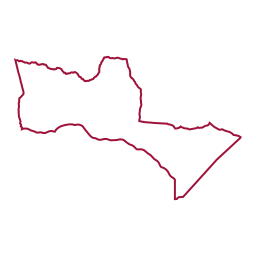 the district of Balambala, North-Eastern, Kenya
{"feature_id": "3690345B82306211866493", "entity_name": "Balambala", "entity_type": "district", "adm_level": 2, "iso_a3": "KEN", "parent_name": "Kenya", "parent_adm1": "North-Eastern", "projection": "orthographic", "projection_center": [39.23, -0.023], "detail": "fine", "context": "isolated", "style": "outline", "palette": "rose", "viewbox_px": 256, "rotation_deg": 0, "n_neighbors": 0, "source": "geoboundaries", "source_scale": "gbopen_adm2", "svg_char_len": 5518}
<svg xmlns="http://www.w3.org/2000/svg" viewBox="0 0 256 256"><path d="M153.4,122.9L151.0,122.6L147.3,122.4L143.7,122.0L139.3,121.1L139.3,120.2L139.3,119.8L139.8,118.3L139.9,117.2L139.9,116.3L139.5,114.8L139.5,114.2L139.5,113.0L139.8,111.7L139.9,109.7L140.2,108.3L141.0,106.1L141.4,104.9L141.0,102.5L141.0,101.3L140.7,99.4L140.7,98.4L140.6,97.6L141.1,95.1L141.2,94.2L141.1,93.6L140.8,92.3L140.9,89.6L140.8,89.3L140.6,89.0L138.6,87.5L138.0,86.9L137.2,85.6L136.8,84.9L135.8,83.9L135.6,83.5L135.1,82.2L135.0,81.9L134.1,80.9L133.2,79.2L132.8,78.8L131.7,78.1L131.3,77.7L130.9,77.3L130.7,76.8L130.2,75.9L130.1,75.0L130.2,72.4L130.0,71.2L129.4,68.8L128.3,67.1L128.0,66.5L127.9,66.1L127.6,64.3L127.0,61.8L126.7,59.6L126.5,59.2L126.0,59.2L125.1,59.1L123.8,59.0L122.8,59.3L122.3,59.2L121.8,58.8L120.6,58.7L119.2,58.2L118.5,57.9L118.1,57.8L117.6,57.7L114.8,58.3L113.9,58.4L112.7,58.0L111.6,58.2L110.5,58.2L109.5,57.8L108.5,56.9L108.2,56.9L107.7,57.0L106.7,57.1L105.8,57.4L104.8,57.3L104.3,57.5L103.8,58.0L103.8,58.7L103.1,59.6L102.5,60.9L101.3,62.4L101.1,63.7L100.8,64.2L100.1,64.9L100.0,65.6L99.6,66.1L99.7,66.7L99.7,66.9L99.4,67.4L99.4,68.4L99.1,69.4L99.1,69.6L99.3,70.0L99.4,70.5L99.2,72.1L98.7,72.6L98.4,73.6L98.0,74.0L97.9,74.4L97.7,74.8L97.0,75.3L96.5,76.0L96.0,76.5L95.7,76.5L95.1,76.9L94.7,77.1L94.4,77.5L94.0,77.8L93.7,78.5L93.3,78.9L92.9,79.1L91.7,79.4L90.9,79.9L90.0,80.0L89.7,80.2L89.4,80.7L89.2,80.8L87.7,80.8L86.9,81.0L86.6,80.9L86.3,80.9L85.6,81.1L85.0,81.1L84.7,80.7L84.2,80.6L83.9,80.1L83.3,79.7L82.7,78.8L81.7,78.8L80.8,77.3L80.4,77.0L80.3,76.9L79.6,76.8L79.2,76.7L78.3,75.1L77.7,74.1L76.6,73.0L75.4,72.2L74.4,72.1L74.1,72.3L73.5,72.7L73.1,72.7L72.2,72.4L71.5,72.4L71.0,72.5L70.5,72.9L69.5,73.3L68.8,73.5L68.1,73.3L67.7,73.6L66.8,73.7L66.5,73.9L66.3,74.0L65.9,73.8L65.5,73.0L64.9,72.7L64.6,72.7L64.2,72.9L62.7,71.1L62.3,70.8L61.7,69.6L61.6,69.4L60.8,68.8L59.9,68.3L58.7,68.1L58.0,67.8L57.4,67.8L56.8,68.0L56.6,68.2L56.4,68.8L56.0,69.1L55.1,69.2L54.6,69.4L54.3,69.3L53.3,69.4L52.9,69.1L51.8,69.0L51.4,69.1L50.3,68.8L49.8,68.4L49.0,68.3L48.7,68.1L48.0,67.9L47.9,67.8L47.8,67.4L47.6,67.1L47.1,66.7L46.7,65.9L46.3,65.5L45.9,64.8L45.7,64.7L43.7,64.5L43.3,64.1L43.1,64.0L42.4,64.0L42.0,64.2L41.5,64.3L41.0,64.5L40.5,64.4L40.2,64.6L39.9,64.6L39.4,64.8L38.4,64.7L37.9,64.3L37.7,64.2L37.6,64.4L37.1,64.1L36.4,63.0L35.9,62.6L35.6,62.3L35.1,62.5L34.5,62.7L33.8,62.5L33.2,62.5L31.8,62.3L30.4,63.1L30.1,63.4L29.8,63.6L28.8,63.6L27.7,63.0L26.7,62.6L26.1,62.5L25.6,62.6L24.8,62.4L24.5,62.5L23.9,62.0L23.1,61.8L22.5,61.3L21.8,61.0L21.1,61.2L20.5,60.9L19.8,61.1L19.4,61.0L18.8,61.2L17.8,60.3L17.5,60.2L16.7,60.3L16.3,60.3L15.7,60.4L15.4,60.2L16.2,63.7L16.6,64.6L16.6,65.2L18.7,73.8L19.1,74.8L20.6,80.6L20.6,81.2L21.8,85.3L21.8,85.7L23.5,92.0L23.5,93.9L23.4,94.2L20.2,97.7L20.0,97.8L19.6,97.9L19.5,98.1L19.1,100.0L19.2,100.8L19.1,102.1L18.8,102.9L18.7,103.3L18.9,104.5L18.8,105.5L19.0,106.8L18.9,107.8L18.6,108.5L18.5,109.1L18.5,109.7L18.8,111.2L18.6,111.9L18.6,112.5L18.8,113.4L18.8,115.5L19.1,117.1L19.7,118.8L19.9,119.5L20.2,120.1L20.4,121.2L20.5,121.5L20.1,122.8L20.1,123.3L20.7,124.3L21.0,124.4L21.1,124.5L21.1,124.8L20.9,125.2L20.9,125.4L21.0,125.8L20.8,126.2L20.8,126.4L21.4,126.8L22.0,127.5L21.8,128.1L22.1,128.6L22.0,129.2L22.8,128.8L24.1,128.6L26.8,128.6L27.6,128.8L29.6,129.7L31.1,130.5L32.7,130.9L34.8,131.6L35.4,131.9L36.2,132.4L37.0,132.6L38.0,132.6L39.3,132.4L40.9,132.3L42.6,132.9L45.3,133.0L48.4,131.6L49.3,131.2L50.3,131.1L51.3,131.0L54.7,131.7L54.9,131.7L55.9,129.9L56.6,129.2L57.9,128.0L59.8,126.8L60.9,126.3L62.6,125.7L65.7,124.9L69.0,124.4L70.6,124.3L72.2,124.4L73.3,124.6L74.2,125.0L75.6,124.9L77.2,124.6L78.4,124.6L80.0,124.9L80.9,125.2L82.2,125.9L83.0,126.7L85.0,129.5L90.0,135.6L91.7,137.1L92.3,137.5L93.3,137.9L95.3,138.2L96.0,138.5L97.9,139.4L98.9,139.7L100.1,139.8L100.8,139.8L102.8,139.3L104.3,139.0L106.1,138.9L107.7,139.3L110.0,140.1L111.1,140.3L117.0,140.0L118.6,139.6L120.2,139.3L121.4,139.5L122.7,139.7L123.2,139.8L124.3,140.5L126.1,142.0L128.9,144.0L129.9,144.5L131.7,145.1L133.0,145.8L134.3,146.8L135.9,148.6L136.2,148.8L137.0,149.3L137.6,149.4L141.0,149.3L141.6,149.4L142.4,149.6L143.6,150.0L144.7,150.7L147.9,153.4L149.5,154.4L150.6,155.2L152.3,156.9L154.0,158.8L154.6,159.3L156.7,160.6L157.7,161.4L158.6,162.5L160.4,166.1L160.9,166.8L161.8,167.3L163.1,167.7L164.2,168.2L166.0,169.5L167.2,170.7L168.2,172.1L169.7,175.0L170.3,175.8L171.4,176.8L173.4,178.1L174.1,178.7L174.9,179.7L174.9,199.1L175.7,199.1L176.7,199.0L177.2,198.6L177.5,198.1L177.9,197.8L178.6,197.3L179.2,197.2L180.4,197.1L181.7,196.9L182.8,197.0L183.1,196.9L215.7,160.9L216.5,159.9L239.9,138.3L240.2,137.9L240.6,137.2L239.3,136.3L238.1,135.8L236.5,135.5L235.9,135.2L234.7,135.2L233.5,134.9L233.2,134.7L232.6,133.9L232.1,133.5L229.8,132.1L229.1,131.8L228.3,131.7L227.6,131.4L226.5,131.1L225.4,130.8L224.2,130.3L222.6,129.4L222.1,129.3L220.7,129.7L219.6,129.7L219.2,129.6L218.2,129.2L217.4,128.7L215.1,127.4L214.2,126.8L212.4,125.4L211.3,124.3L210.2,123.5L209.6,122.9L209.0,124.2L208.0,125.2L207.3,125.5L206.8,125.6L206.3,125.6L205.2,125.9L204.8,126.1L203.0,127.2L202.3,127.6L201.7,127.7L200.5,127.7L199.2,127.9L198.7,127.9L198.0,127.4L197.7,127.3L197.1,127.8L196.1,128.2L189.7,129.4L188.8,129.2L187.4,128.5L186.1,128.5L184.7,128.3L183.9,128.1L182.3,127.4L181.2,127.1L180.7,126.6L180.4,127.0L180.0,127.0L179.9,127.1L179.5,127.5L179.1,127.7L178.7,127.8L178.4,128.1L175.9,128.5L175.2,128.5L173.0,125.6L169.6,124.4L168.9,124.4L167.8,124.1L167.4,123.7L167.2,123.7L153.4,122.9Z" fill="none" stroke="#9f1239" stroke-width="2"/></svg>